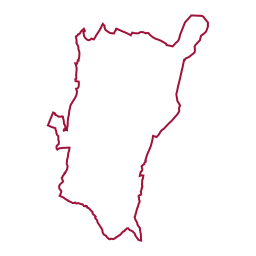 Bradesti, Harghita, Romania (Mercator projection)
{"feature_id": "2599482B17231771008992", "entity_name": "Bradesti", "entity_type": "district", "adm_level": 2, "iso_a3": "ROU", "parent_name": "Romania", "parent_adm1": "Harghita", "projection": "mercator", "projection_center": [25.354, 46.351], "detail": "fine", "context": "isolated", "style": "outline", "palette": "rose", "viewbox_px": 256, "rotation_deg": 0, "n_neighbors": 0, "source": "geoboundaries", "source_scale": "gbopen_adm2", "svg_char_len": 5595}
<svg xmlns="http://www.w3.org/2000/svg" viewBox="0 0 256 256"><path d="M141.1,240.6L140.8,233.8L140.4,232.2L139.9,228.8L139.9,228.0L139.5,227.7L138.2,225.8L137.4,224.5L137.4,223.9L137.2,223.0L137.0,222.4L135.6,220.1L134.6,217.1L135.1,216.3L135.2,215.8L135.5,214.3L135.8,213.6L136.4,211.2L136.6,210.7L136.8,209.4L138.4,205.3L138.5,204.0L139.1,203.0L139.7,201.6L139.5,200.6L139.1,199.8L139.0,197.8L138.6,196.6L138.6,195.8L139.5,195.3L140.3,195.0L140.8,194.8L140.9,194.7L141.1,194.0L141.2,193.1L140.8,191.3L141.1,190.9L141.4,189.8L141.9,188.3L141.7,188.2L141.8,187.4L142.5,186.3L142.4,186.1L142.0,185.1L142.3,179.5L142.8,178.9L143.4,175.5L142.4,175.4L141.6,175.3L139.8,175.9L139.9,175.4L140.5,172.6L140.7,172.2L141.4,171.2L142.1,170.5L142.3,169.9L142.1,168.3L141.6,166.2L143.2,164.8L144.2,164.2L144.3,163.3L144.6,162.6L145.6,161.9L145.8,161.4L145.9,161.2L145.5,160.8L145.3,160.6L145.5,159.9L146.0,158.5L146.6,156.2L147.5,153.7L148.4,151.8L149.1,150.2L149.8,148.6L150.5,146.7L151.0,145.4L151.5,143.5L152.3,140.4L153.1,135.9L156.6,137.0L158.6,134.9L159.9,132.7L161.7,130.2L164.0,128.6L168.7,123.6L171.5,121.0L176.3,115.5L177.7,113.9L178.2,112.8L179.0,111.8L179.2,111.1L179.1,107.8L179.6,106.3L180.1,105.7L179.9,105.2L178.9,103.4L177.5,101.3L177.2,99.8L176.9,97.8L176.3,94.3L176.3,94.2L176.7,92.7L177.2,90.6L178.0,86.6L180.0,78.5L181.1,73.7L181.8,70.3L182.4,68.2L183.0,65.1L183.5,62.9L184.1,59.9L184.7,60.1L185.0,59.4L185.2,59.0L185.6,58.6L186.2,58.1L187.0,57.9L187.7,57.6L188.4,57.3L189.7,56.4L194.2,52.8L194.6,52.2L194.8,51.7L194.9,50.4L194.8,48.1L194.6,46.5L194.7,46.3L195.6,44.8L199.9,40.3L201.0,35.8L204.2,33.4L205.7,32.0L206.0,31.5L206.7,30.0L207.2,28.6L208.1,25.8L207.8,25.5L208.0,22.6L205.4,19.4L203.8,17.3L202.8,16.4L202.0,15.9L191.3,15.4L185.0,22.4L180.2,34.5L179.3,38.1L179.1,38.8L178.0,41.0L175.6,43.1L172.7,46.4L171.9,46.2L166.5,45.0L166.0,43.7L160.9,40.7L159.5,40.2L158.4,39.7L155.0,38.5L153.8,37.7L152.8,37.2L151.3,36.0L150.0,34.9L148.5,33.1L146.9,33.0L145.5,33.3L143.4,32.2L142.1,32.2L140.9,32.0L140.0,32.3L139.2,33.0L137.7,33.4L136.6,33.3L136.4,33.3L134.5,33.2L132.3,32.6L130.8,35.3L129.8,34.7L127.1,33.3L124.9,32.3L122.1,31.2L116.7,28.8L116.5,29.2L116.0,29.0L115.8,29.6L115.7,30.2L114.9,31.4L113.9,33.5L111.8,33.2L111.1,33.2L110.3,33.1L108.7,32.2L107.2,31.2L105.6,30.0L105.2,29.4L105.0,28.5L104.8,27.8L104.4,27.2L104.4,26.8L104.6,26.2L104.5,25.7L104.3,25.5L103.8,25.2L103.5,24.5L103.1,24.3L102.8,23.9L101.8,25.6L101.4,26.8L100.8,28.1L100.1,29.0L99.5,30.4L98.4,32.2L97.7,33.1L97.2,33.8L96.6,34.7L96.0,35.6L95.5,36.8L94.9,37.7L94.4,38.4L93.8,39.4L93.0,39.2L91.4,38.6L90.5,39.4L89.7,39.9L89.2,40.2L88.8,40.2L87.9,40.0L86.9,39.5L85.5,38.3L84.7,37.3L84.1,36.0L83.4,32.1L83.9,31.6L84.9,30.9L84.3,29.7L83.9,28.8L83.1,29.5L82.2,30.2L82.1,30.5L81.8,30.7L81.6,30.9L81.3,31.3L80.9,31.6L80.6,32.0L80.3,32.7L80.1,33.1L79.8,33.5L79.5,33.8L79.2,34.0L78.7,34.2L78.2,34.3L77.8,34.6L77.6,35.4L75.9,36.5L76.5,40.1L76.7,41.8L76.3,42.4L76.3,42.7L78.2,46.3L78.4,47.4L78.4,48.4L78.4,49.0L79.0,50.9L79.4,52.4L79.4,54.0L79.3,56.0L79.2,57.1L78.6,59.6L78.6,60.5L77.8,60.4L77.4,62.3L77.1,63.6L75.3,63.4L75.6,64.2L75.8,64.5L76.1,65.7L76.3,66.5L76.5,67.3L76.7,69.1L76.5,70.3L76.4,71.8L76.1,74.9L76.3,76.5L76.3,78.3L76.2,78.8L75.9,79.1L75.6,79.3L75.3,79.3L75.5,81.1L78.7,81.6L78.9,83.6L78.8,85.4L78.7,86.0L78.5,86.8L78.3,87.4L78.0,87.8L77.6,88.3L77.3,88.5L76.6,88.8L76.1,88.8L77.0,91.5L76.7,93.7L76.3,95.2L75.9,96.3L74.6,98.6L70.7,104.9L70.4,105.8L69.5,110.2L69.2,111.2L68.9,114.7L68.7,115.5L68.2,117.7L67.9,119.4L67.6,124.9L67.7,125.5L67.5,126.6L67.0,127.7L67.0,130.2L66.1,130.0L64.8,130.2L63.8,130.7L63.7,130.5L63.8,129.9L64.0,129.6L64.3,129.4L64.5,129.5L64.7,129.2L64.8,129.1L64.7,129.0L64.6,128.8L64.6,128.7L65.2,128.4L65.3,128.3L65.3,128.2L65.5,127.1L65.3,126.4L65.0,125.6L65.0,125.4L64.5,124.3L64.0,123.9L63.8,121.2L63.6,119.9L63.1,118.4L63.1,117.2L62.8,116.6L62.0,116.3L61.3,116.7L59.4,116.7L58.7,116.7L57.7,116.1L56.8,115.3L55.6,115.1L54.8,114.2L55.0,113.5L54.2,112.9L53.1,112.5L47.9,125.4L51.8,127.1L54.3,127.8L55.4,128.2L55.4,128.4L55.4,129.1L56.1,131.1L56.3,132.0L56.3,132.7L56.9,134.5L57.5,135.3L58.2,136.0L58.4,137.1L58.3,138.6L58.5,140.5L58.9,141.9L58.7,144.0L56.9,145.7L56.6,146.2L56.4,147.5L56.8,148.9L57.4,149.6L59.1,148.4L60.2,148.2L63.8,147.8L65.1,147.9L67.7,147.6L69.5,147.7L69.3,149.6L68.9,151.2L68.4,152.9L68.1,154.5L67.8,157.4L67.2,159.1L67.0,160.9L66.7,163.7L66.9,164.5L67.5,165.6L67.6,166.4L67.3,168.2L66.8,170.0L66.3,170.5L65.5,172.4L64.8,173.5L64.5,173.2L64.1,174.2L62.8,176.1L62.1,177.7L61.7,178.0L63.1,181.4L61.7,182.9L60.4,184.0L59.5,185.2L59.1,186.4L59.2,187.9L59.8,189.3L61.0,190.5L61.3,191.2L61.0,192.4L60.6,194.0L59.6,195.8L63.4,197.5L66.1,199.5L66.5,199.6L67.0,200.0L67.6,200.1L68.1,200.9L69.6,201.4L70.3,201.9L71.6,202.4L72.8,203.1L74.2,203.0L75.2,202.5L76.4,203.5L78.2,203.1L80.4,203.9L82.7,204.4L83.9,206.1L85.4,206.3L85.8,205.8L87.1,206.3L87.2,207.6L88.9,208.2L91.1,210.7L92.5,211.9L92.5,213.2L92.8,213.9L94.9,215.8L95.7,216.6L95.1,217.5L95.8,218.9L96.9,220.0L97.3,220.9L97.4,221.9L97.7,222.6L98.5,223.8L101.3,228.0L102.4,230.1L102.5,231.7L102.8,232.8L103.9,234.6L106.1,235.9L106.8,237.1L108.3,238.4L108.9,239.0L109.8,239.3L111.3,238.7L112.6,239.0L113.2,239.2L115.7,237.8L116.6,236.9L117.6,236.5L119.0,235.5L119.7,235.1L120.0,235.0L122.4,232.3L123.1,231.6L124.5,231.0L125.2,230.0L125.8,229.5L126.9,228.5L127.9,228.2L129.2,229.6L130.0,230.2L130.6,230.3L131.2,230.6L132.4,231.3L133.0,231.7L133.4,232.3L134.1,233.0L134.4,233.3L135.1,234.4L135.2,234.7L135.3,235.6L136.1,236.5L136.8,237.8L138.0,239.1L138.6,240.0L141.1,240.6Z" fill="none" stroke="#9f1239" stroke-width="2"/></svg>